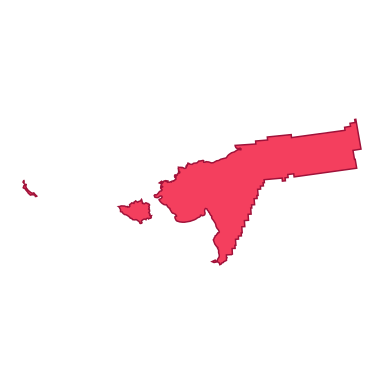 Bethel, Alaska, United States of America (Albers equal-area conic projection)
{"feature_id": "52423323B92128631774297", "entity_name": "Bethel", "entity_type": "district", "adm_level": 2, "iso_a3": "USA", "parent_name": "United States of America", "parent_adm1": "Alaska", "projection": "albers", "projection_center": [-164.344, 60.422], "detail": "fine", "context": "isolated", "style": "filled", "palette": "rose", "viewbox_px": 384, "rotation_deg": 0, "n_neighbors": 0, "source": "geoboundaries", "source_scale": "gbopen_adm2", "svg_char_len": 6054}
<svg xmlns="http://www.w3.org/2000/svg" viewBox="0 0 384 384"><path d="M356.7,168.2L355.2,159.3L354.5,159.4L353.0,150.4L361.0,149.1L355.8,119.3L354.7,119.5L355.2,122.5L350.0,123.3L350.5,126.3L344.6,127.3L345.0,130.3L291.5,137.6L291.2,134.6L267.3,137.0L267.6,140.0L255.6,141.0L255.8,144.0L235.1,145.4L235.2,146.1L235.7,147.2L236.3,148.0L236.8,148.3L237.5,148.5L238.8,148.6L239.3,148.5L239.9,148.2L240.0,148.7L241.0,148.9L241.0,149.1L240.8,149.8L239.7,149.6L238.3,149.6L237.5,149.9L236.6,150.4L234.4,151.9L231.5,152.8L230.0,153.8L228.6,154.8L227.5,156.0L226.6,157.4L225.9,158.0L223.5,158.5L220.6,159.3L219.2,160.2L218.2,160.6L217.1,160.7L216.6,160.8L213.3,162.7L211.4,162.9L210.7,162.7L209.5,162.2L207.9,161.8L207.1,161.9L206.1,161.6L205.4,162.1L204.9,162.3L203.7,162.2L203.7,160.8L203.1,160.4L199.6,161.1L199.0,160.9L197.2,162.7L196.4,163.0L193.9,163.2L193.3,163.4L192.7,164.0L192.1,164.4L190.0,164.2L189.0,163.5L188.3,163.9L188.2,163.2L187.8,163.2L187.8,164.0L187.5,164.5L186.9,165.0L187.2,165.4L187.2,165.8L186.1,166.1L186.0,166.8L186.3,167.4L186.3,167.7L184.9,168.4L184.1,168.4L183.5,167.9L183.2,167.9L181.9,167.3L181.3,167.7L180.4,167.3L179.4,167.4L178.4,167.2L178.4,167.9L178.2,168.9L178.7,169.6L178.5,170.3L178.7,171.0L178.6,171.7L179.2,171.3L179.6,171.5L179.8,172.4L179.7,172.8L178.4,173.5L178.0,173.5L177.0,174.6L177.1,175.2L176.3,175.8L176.2,175.3L175.7,174.9L175.0,174.9L174.5,176.0L175.0,176.4L174.8,177.3L175.2,177.7L175.9,177.6L175.8,179.4L174.7,180.0L174.3,180.6L173.5,180.7L173.3,181.1L172.6,181.0L171.8,181.2L171.3,182.0L170.7,181.7L169.4,182.3L168.6,182.1L168.2,182.2L168.0,181.9L167.9,180.9L166.9,181.0L166.9,181.3L166.5,180.8L166.1,180.7L166.0,181.2L165.6,180.9L165.4,181.1L164.9,180.8L163.9,181.2L163.4,181.3L162.5,181.8L161.6,182.0L161.4,181.4L159.3,182.9L160.9,183.5L161.3,182.9L161.9,182.5L162.0,182.1L162.8,182.0L163.1,182.2L162.8,182.7L162.4,182.9L161.4,184.5L160.9,185.8L160.9,186.2L161.0,186.6L162.4,186.3L162.7,186.8L161.8,187.5L161.0,187.6L160.7,187.5L160.7,188.1L161.0,188.8L162.0,189.8L161.9,190.2L161.5,190.7L160.9,191.1L160.3,191.0L158.8,192.3L158.3,193.2L156.7,194.8L156.4,194.9L155.0,194.7L154.8,194.8L154.2,195.5L154.8,197.1L155.1,197.3L157.1,197.7L158.0,197.6L160.3,196.0L161.5,196.1L161.9,196.3L162.0,196.6L162.0,197.3L161.3,198.3L161.0,198.6L160.4,198.9L159.2,199.3L159.0,199.7L160.3,201.6L161.9,203.2L163.8,204.5L165.1,204.8L165.9,204.9L166.4,204.7L167.2,205.7L167.3,206.3L167.8,206.9L168.8,207.9L169.8,208.3L170.0,208.7L170.0,208.9L169.9,209.2L171.8,212.4L172.7,213.2L173.3,213.2L175.2,214.2L176.3,215.4L176.6,216.0L176.4,216.3L175.4,216.4L175.1,216.7L174.9,216.9L174.9,217.1L175.0,218.0L175.8,219.8L176.3,220.5L176.6,220.8L177.2,221.1L179.8,221.9L182.6,222.2L184.5,222.2L190.0,221.3L194.6,219.7L196.1,218.9L197.7,217.7L199.4,217.1L199.9,216.7L200.5,216.1L200.6,215.7L200.5,215.3L201.1,215.1L202.2,215.7L202.6,215.7L203.9,215.3L204.7,214.7L205.1,213.0L204.7,211.9L204.6,210.6L204.7,209.7L205.4,208.5L206.8,208.8L207.4,210.1L208.6,211.5L208.7,212.1L209.4,212.6L209.8,213.7L210.5,215.0L211.0,215.6L211.4,215.7L211.6,216.1L211.8,216.4L211.6,217.2L212.0,218.6L213.4,220.3L215.3,223.3L215.8,224.8L216.1,226.5L217.1,228.4L218.3,229.7L219.3,231.9L218.7,232.8L217.8,232.8L217.4,233.9L216.8,234.1L216.4,235.2L215.1,235.9L215.0,236.9L214.4,237.5L213.8,239.2L213.3,239.8L214.8,244.0L216.8,246.8L217.8,247.4L217.5,248.0L218.6,250.2L218.6,252.6L219.3,255.1L219.1,257.0L217.6,259.3L217.3,260.8L216.2,261.2L215.2,260.1L212.0,261.6L214.0,262.5L217.5,261.8L219.4,263.1L219.8,264.7L221.0,264.2L222.0,262.9L223.3,262.5L223.8,261.7L226.5,260.4L226.4,259.0L226.9,257.9L226.5,257.9L226.4,254.9L231.6,254.6L232.4,254.1L232.1,248.5L235.1,248.4L234.9,245.4L235.9,245.3L235.5,239.3L238.5,239.1L238.4,236.1L241.4,235.9L241.2,232.9L242.2,232.8L241.8,226.8L244.8,226.6L244.4,220.6L248.5,220.3L248.1,214.3L251.1,214.1L250.7,208.0L251.8,208.0L251.6,204.9L254.6,204.7L254.1,198.7L257.1,198.5L256.9,195.5L258.1,195.4L257.6,189.3L260.6,189.1L260.4,186.1L263.4,185.9L263.1,182.8L264.4,182.7L264.1,179.7L282.1,178.1L282.4,181.1L285.4,180.8L285.1,177.8L288.1,177.5L287.8,174.5L293.7,173.8L294.1,176.9L356.7,168.2ZM119.7,206.5L118.6,206.6L119.1,207.0L119.5,207.7L120.5,209.5L120.5,210.4L120.5,211.6L121.1,211.8L122.1,212.0L122.4,212.6L123.3,213.6L124.5,214.5L125.8,214.7L126.4,214.9L128.6,216.3L130.1,217.7L130.2,218.1L131.9,218.6L132.3,219.3L132.8,219.7L134.2,219.8L135.0,219.9L135.8,219.6L136.4,219.7L137.2,220.2L137.5,220.6L138.0,220.7L138.7,221.2L139.8,222.5L139.8,223.0L140.1,223.4L140.7,223.5L141.7,223.2L142.0,222.5L141.8,222.2L141.3,221.2L141.6,220.7L143.1,219.6L143.9,219.2L144.8,219.1L146.0,219.7L146.4,218.6L147.6,218.3L148.4,218.4L148.7,218.9L149.2,218.4L150.1,218.3L150.9,218.1L151.2,217.4L150.9,217.2L150.8,216.7L151.2,216.4L151.5,215.7L150.2,215.9L149.7,215.3L150.1,214.2L149.4,213.8L149.3,213.0L148.8,212.6L149.0,212.2L149.6,211.4L149.6,210.5L149.4,209.5L148.9,209.5L148.6,209.1L148.8,208.5L149.3,207.9L149.1,207.0L148.7,206.6L148.8,206.1L149.2,206.0L149.5,205.4L149.5,204.7L148.8,204.0L148.0,203.9L147.8,203.4L146.9,203.3L146.0,202.8L145.4,203.0L144.7,203.6L144.2,203.8L142.6,203.4L142.8,202.8L142.3,202.4L142.2,201.9L142.0,201.2L141.8,200.1L141.5,199.4L141.2,199.8L140.5,201.0L139.1,201.3L137.6,202.2L135.6,200.9L135.1,201.5L134.0,202.2L134.1,203.0L133.9,203.4L132.5,203.0L131.6,202.9L131.2,203.5L129.9,204.4L129.5,204.9L129.8,205.6L129.9,206.1L129.3,206.9L128.8,206.8L127.9,207.2L127.4,206.5L126.0,206.7L124.6,206.0L123.8,206.1L123.0,205.9L122.4,206.0L121.1,205.9L119.7,206.5ZM23.2,187.7L23.3,187.9L25.3,188.9L25.6,189.7L27.9,192.4L28.4,193.4L29.8,194.4L30.2,195.0L30.7,195.1L31.9,194.7L34.0,194.9L35.0,195.3L35.4,196.5L36.1,196.5L36.8,196.1L34.9,194.3L34.4,193.6L34.3,193.3L33.6,192.9L33.2,193.2L32.0,193.1L30.8,192.5L28.0,190.2L27.3,189.1L26.9,188.8L26.3,187.9L25.8,186.2L25.8,185.7L26.1,185.2L26.2,184.5L25.6,184.3L24.7,185.2L23.9,185.7L23.6,186.4L23.6,186.9L23.6,187.3L23.2,187.7ZM23.6,180.8L23.0,182.1L24.1,183.5L24.2,183.3L24.0,182.4L24.1,181.0L23.9,180.6L23.6,180.8Z" fill="#f43f5e" stroke="#9f1239" stroke-width="1.5"/></svg>